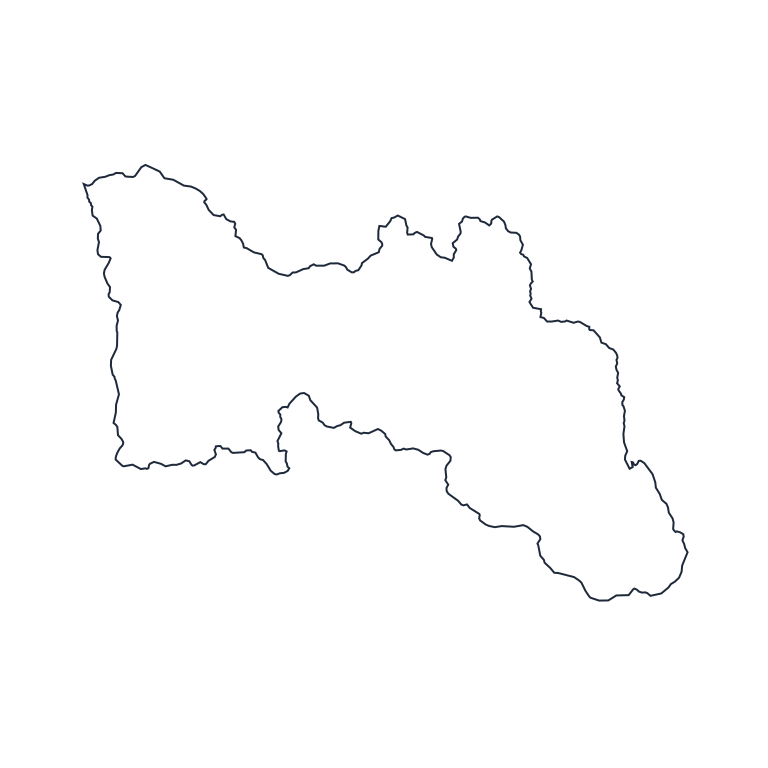 outline of Urubamba, Cusco, Peru, rotated 6°
{"feature_id": "86281439B1367773994122", "entity_name": "Urubamba", "entity_type": "district", "adm_level": 2, "iso_a3": "PER", "parent_name": "Peru", "parent_adm1": "Cusco", "projection": "mercator", "projection_center": [-72.303, -13.268], "detail": "fine", "context": "isolated", "style": "outline", "palette": "slate", "viewbox_px": 768, "rotation_deg": 6, "n_neighbors": 0, "source": "geoboundaries", "source_scale": "gbopen_adm2", "svg_char_len": 6105}
<svg xmlns="http://www.w3.org/2000/svg" viewBox="0 0 768 768"><g transform="rotate(6 384 384)"><path d="M671.2,566.8L681.7,563.3L688.3,556.5L690.2,553.0L693.8,550.3L697.7,545.8L699.6,539.5L699.5,533.4L703.5,519.6L700.5,515.4L699.4,512.1L697.1,508.2L698.0,504.7L697.4,502.1L693.9,500.5L690.6,500.0L689.4,500.7L687.2,498.8L686.7,497.8L686.5,491.4L685.1,487.6L680.7,482.2L679.3,477.0L677.5,473.7L672.4,470.2L669.7,464.5L665.2,458.7L664.1,453.5L660.5,445.6L651.2,435.5L647.4,433.5L645.4,433.8L644.2,437.0L642.8,438.4L641.2,438.1L639.8,435.9L638.5,435.7L640.0,440.6L637.1,442.6L631.5,433.9L631.4,430.1L632.9,425.4L628.8,416.9L627.3,408.6L627.6,400.9L626.5,397.9L627.0,395.2L626.0,390.8L626.4,385.4L624.5,381.1L623.3,380.0L622.9,377.0L624.1,374.5L624.3,372.0L621.2,370.4L620.8,369.0L617.9,365.7L617.5,364.6L618.7,361.7L615.7,358.9L616.2,356.0L615.3,353.2L615.7,348.5L613.7,345.5L612.7,342.4L613.8,339.2L612.7,335.8L613.5,333.5L612.8,331.0L611.6,328.9L608.5,325.8L604.1,324.6L600.5,321.2L595.9,320.1L593.8,315.1L586.8,308.7L583.1,308.8L582.4,308.1L582.2,305.7L579.4,305.1L572.4,301.8L570.3,301.6L566.2,303.3L558.9,301.8L557.8,302.8L553.8,303.7L550.5,302.7L544.5,304.3L539.6,304.8L536.1,301.6L532.6,301.1L533.0,296.7L532.4,295.6L532.4,293.2L524.3,292.6L520.1,287.3L521.8,283.7L520.2,280.9L520.4,278.9L519.6,276.4L520.3,274.0L518.8,270.7L519.5,268.7L521.2,266.6L520.1,264.7L518.9,256.9L516.9,253.8L517.7,249.5L513.2,243.7L509.8,242.4L509.1,241.0L506.8,240.4L505.6,239.2L506.6,236.7L507.6,231.0L504.6,226.7L503.9,223.0L502.4,221.2L499.8,219.8L494.1,220.1L491.4,219.0L488.9,216.4L488.2,213.4L486.4,210.0L481.0,206.0L479.1,205.5L474.4,209.1L473.8,210.2L473.8,213.3L472.1,215.3L467.6,212.8L462.9,211.9L462.0,210.2L460.1,208.8L452.8,209.7L447.8,208.8L446.6,209.3L445.2,211.3L444.5,214.4L441.9,216.9L444.4,224.7L444.3,226.4L442.3,229.6L441.6,232.7L437.6,236.8L438.7,240.2L441.3,241.9L441.9,243.3L439.8,247.6L440.2,250.9L438.7,254.4L431.3,252.1L427.2,252.0L422.9,249.7L417.1,242.8L416.1,239.7L416.8,234.8L416.4,233.8L409.6,233.4L408.0,232.1L400.9,229.3L398.8,230.5L397.5,232.1L392.0,232.9L391.2,231.2L391.1,225.9L389.7,224.0L387.7,217.8L380.1,215.0L376.5,217.5L374.2,218.2L373.2,221.4L369.3,227.4L362.9,227.3L362.4,232.3L363.2,240.9L366.5,243.1L367.5,244.6L367.8,246.6L365.5,250.0L365.0,253.5L357.3,257.7L355.0,260.9L349.4,266.1L349.3,268.3L346.6,273.5L343.8,274.5L342.3,276.1L340.2,276.3L335.5,274.1L334.0,271.8L332.2,270.4L325.7,268.8L317.9,269.7L312.1,272.6L304.0,273.4L301.6,272.3L298.1,274.6L297.0,276.7L291.6,278.2L284.8,282.2L281.4,282.7L279.0,285.6L277.0,286.5L267.8,285.4L256.7,280.6L252.8,273.1L250.8,271.3L250.0,268.8L248.7,267.7L240.9,266.7L233.1,263.2L230.3,262.9L229.2,259.2L227.1,256.0L225.1,254.0L220.8,252.5L220.7,246.0L218.7,243.9L219.3,240.2L218.1,238.4L214.1,238.3L209.9,236.5L206.8,232.2L205.3,232.6L203.6,234.3L196.9,233.8L191.5,229.2L188.5,224.3L186.2,222.0L186.4,220.7L188.2,218.9L188.1,218.3L184.5,214.1L180.7,211.3L176.1,209.2L171.3,207.8L164.2,207.6L153.1,202.9L144.1,202.3L138.8,196.2L126.1,191.8L123.8,191.1L120.0,193.7L114.7,203.1L112.9,204.3L106.1,204.7L104.9,204.4L101.9,201.7L95.4,202.1L93.0,203.9L88.8,205.1L85.3,207.0L79.0,208.7L75.1,212.1L72.8,215.7L70.0,217.4L68.3,217.7L64.5,216.5L69.4,227.1L69.6,229.6L71.4,231.5L71.8,233.5L73.6,234.8L74.0,236.8L75.5,238.1L75.3,241.6L76.6,247.0L81.1,249.5L85.4,256.5L86.2,261.0L83.9,264.6L84.2,269.4L85.7,272.6L85.0,280.8L86.0,284.8L89.2,287.1L97.8,286.5L99.0,287.6L97.6,292.3L94.2,299.7L93.9,303.2L94.8,306.4L98.4,312.9L101.4,316.3L101.6,321.5L100.7,323.5L101.2,326.0L105.2,329.2L111.2,330.3L114.0,332.9L112.9,338.4L111.6,340.8L111.3,344.5L112.8,348.6L112.0,354.0L112.6,359.1L113.4,360.7L114.5,373.7L114.2,377.0L110.1,388.5L110.5,394.5L113.2,403.1L115.2,405.0L115.7,406.9L116.8,408.5L121.5,422.0L119.7,432.5L120.3,440.4L119.1,451.0L121.7,452.7L123.3,454.6L124.8,462.7L128.8,466.2L130.7,469.0L130.8,470.9L130.1,472.7L127.9,475.7L125.8,480.7L124.9,484.5L125.0,487.2L132.6,492.9L134.0,493.0L142.4,490.5L151.1,494.0L155.5,492.8L157.0,493.2L158.5,492.4L158.8,489.1L159.6,487.8L163.4,485.5L170.6,486.7L175.4,488.7L181.8,486.5L186.0,486.1L190.5,484.3L194.8,480.7L198.5,481.2L201.0,484.5L202.3,485.2L203.6,484.9L209.5,480.9L213.1,482.6L215.1,482.4L217.5,478.7L223.3,474.3L224.2,471.6L222.2,467.3L223.2,465.3L223.3,463.6L226.4,462.9L227.9,462.9L230.1,465.1L236.0,464.5L239.3,467.8L241.0,468.3L252.3,466.4L253.8,464.6L258.3,463.8L259.7,465.2L263.3,465.7L266.5,470.2L268.5,471.7L271.7,472.3L275.8,476.0L280.3,482.0L284.6,485.0L286.8,485.2L289.7,483.7L293.9,482.8L297.3,480.5L298.6,477.7L296.7,476.3L295.6,473.0L294.3,471.3L293.7,463.8L294.2,461.3L292.0,460.4L287.3,461.7L286.4,461.3L285.2,456.9L285.1,454.2L284.0,451.9L287.1,443.7L284.0,440.7L283.2,437.4L285.6,432.5L285.7,430.7L285.5,429.2L284.3,427.8L284.0,425.1L282.2,423.5L281.8,421.8L285.4,417.7L288.9,417.0L290.6,417.4L292.0,413.5L297.8,405.6L301.6,402.3L305.4,401.3L310.4,403.5L312.5,407.9L319.9,414.4L321.8,420.9L322.0,424.9L322.9,427.0L327.1,428.8L329.2,431.2L331.5,432.2L338.7,432.9L342.0,430.6L344.9,429.6L348.3,426.7L354.9,425.1L355.6,426.3L354.9,430.9L360.3,433.9L366.5,435.8L369.0,434.6L373.8,434.6L382.7,429.4L386.3,430.8L390.5,433.7L391.1,436.0L395.0,439.3L397.3,443.0L400.0,445.6L401.1,447.9L402.6,448.8L407.9,447.7L410.3,446.2L413.0,446.8L419.7,445.0L424.9,445.8L430.2,448.5L434.7,449.7L436.7,448.7L437.6,446.9L440.2,445.7L447.7,444.2L449.9,444.5L456.6,448.0L458.0,449.7L458.1,453.4L454.7,458.6L454.0,462.3L455.7,470.5L455.0,473.2L458.4,477.4L457.0,480.9L457.6,484.2L459.6,486.5L469.9,492.4L473.5,495.8L475.6,496.4L479.1,495.1L482.3,498.4L492.4,503.3L492.9,504.4L492.7,507.7L493.9,509.7L499.8,513.1L503.3,514.2L509.2,514.8L515.9,513.0L528.2,512.4L537.2,509.8L541.4,511.0L547.6,515.0L552.9,517.4L555.0,519.2L555.7,521.9L553.3,526.7L554.2,528.1L557.4,538.5L561.4,542.2L562.4,544.9L568.6,549.6L573.0,553.9L577.3,553.8L593.3,556.2L598.4,558.9L601.1,560.9L605.8,568.4L610.4,574.0L611.8,575.0L620.6,576.9L629.7,575.8L637.2,570.0L649.4,568.4L653.3,562.1L654.4,561.3L657.2,562.2L659.0,563.7L662.3,564.5L665.8,563.9L667.8,564.5L671.2,566.8Z" fill="none" stroke="#1e293b" stroke-width="2"/></g></svg>